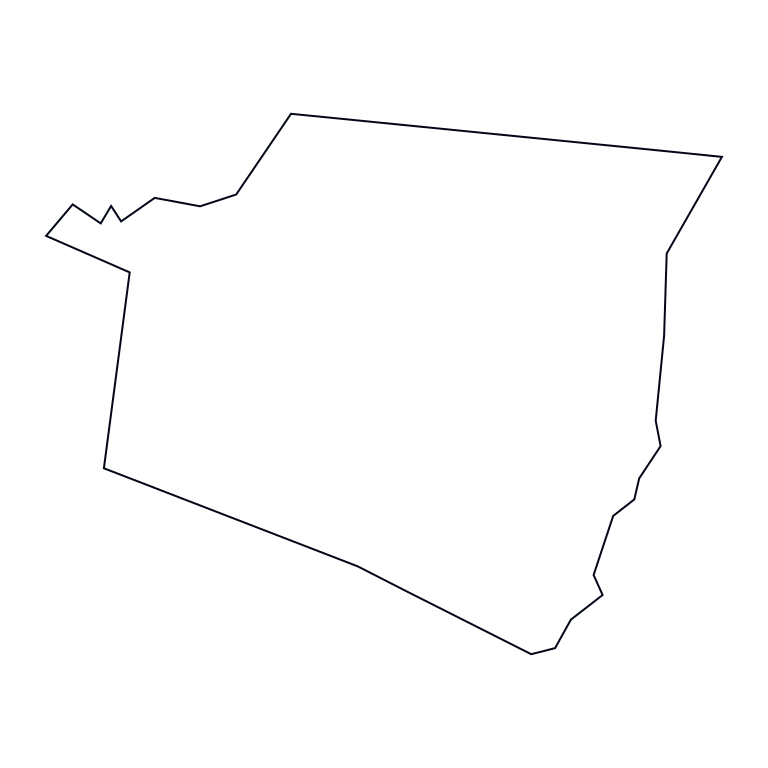 Shelby, Kentucky, United States of America
{"feature_id": "52423323B12558460234328", "entity_name": "Shelby", "entity_type": "district", "adm_level": 2, "iso_a3": "USA", "parent_name": "United States of America", "parent_adm1": "Kentucky", "projection": "albers", "projection_center": [-85.196, 38.198], "detail": "fine", "context": "isolated", "style": "outline", "palette": "ink", "viewbox_px": 768, "rotation_deg": 0, "n_neighbors": 0, "source": "geoboundaries", "source_scale": "gbopen_adm2", "svg_char_len": 473}
<svg xmlns="http://www.w3.org/2000/svg" viewBox="0 0 768 768"><path d="M531.2,654.2L555.1,648.1L570.9,619.6L602.6,595.0L593.6,575.0L613.2,515.9L634.3,499.4L639.2,478.4L660.6,446.1L655.7,420.7L664.1,335.8L666.7,253.5L721.9,156.9L668.1,151.4L291.0,113.8L236.2,194.5L200.1,206.3L154.7,197.9L121.1,221.4L111.1,206.0L100.7,223.4L72.7,204.4L46.1,235.9L121.2,268.7L129.7,272.4L103.9,468.3L357.8,566.4L405.9,591.0L531.2,654.2Z" fill="none" stroke="#020617" stroke-width="2"/></svg>